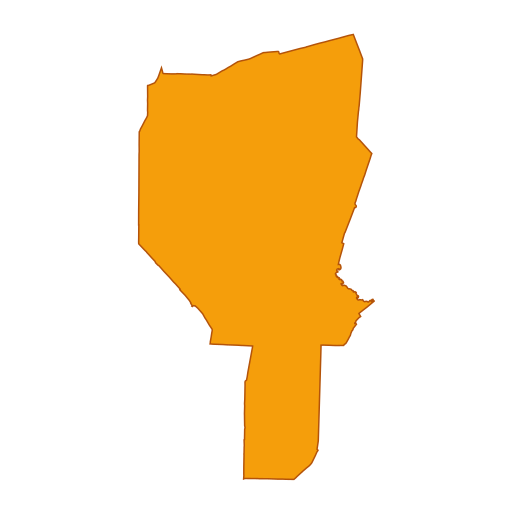 outline of Cujmir, Mehedinti, Romania, rotated 91°
{"feature_id": "2599482B72848600884010", "entity_name": "Cujmir", "entity_type": "district", "adm_level": 2, "iso_a3": "ROU", "parent_name": "Romania", "parent_adm1": "Mehedinti", "projection": "orthographic", "projection_center": [22.937, 44.205], "detail": "fine", "context": "isolated", "style": "filled", "palette": "amber", "viewbox_px": 512, "rotation_deg": 91, "n_neighbors": 0, "source": "geoboundaries", "source_scale": "gbopen_adm2", "svg_char_len": 5979}
<svg xmlns="http://www.w3.org/2000/svg" viewBox="0 0 512 512"><g transform="rotate(91 256 256)"><path d="M227.0,373.7L228.7,373.7L239.6,373.6L244.0,373.6L245.7,373.5L246.1,373.3L247.5,371.9L252.1,367.4L253.4,366.0L253.8,365.5L254.3,365.3L255.0,364.6L256.8,362.9L259.7,360.2L263.1,356.9L263.7,356.6L264.5,356.3L266.6,354.2L267.1,353.6L267.3,353.0L270.1,350.4L273.0,347.8L278.6,342.3L283.4,338.0L285.3,336.0L290.5,331.2L291.0,331.6L291.6,331.1L296.6,326.1L301.7,321.8L303.9,320.4L304.2,320.5L304.8,320.2L306.4,319.2L306.8,318.8L307.3,319.2L307.6,318.7L307.0,318.0L306.7,317.4L306.7,317.2L306.8,317.0L306.8,316.8L307.0,316.5L306.9,316.0L309.2,313.3L314.7,308.3L318.9,305.9L320.7,304.6L326.0,301.4L329.7,298.8L330.4,298.5L331.4,298.5L333.8,298.9L337.6,299.4L342.0,300.1L342.7,300.2L343.5,300.2L344.7,300.4L344.9,297.4L345.1,287.5L345.3,283.7L345.5,272.9L345.7,268.7L345.7,267.4L346.0,258.4L346.1,257.8L347.8,258.0L370.6,261.8L371.7,262.0L377.0,262.7L380.3,263.3L381.1,264.4L381.4,264.6L382.4,264.8L385.4,264.7L393.1,264.7L394.6,264.7L399.4,264.7L403.9,264.9L406.1,264.7L414.0,264.8L415.6,264.7L419.6,264.6L422.2,264.5L425.7,264.4L427.0,264.1L427.7,264.0L428.1,264.0L429.4,264.3L431.8,264.3L439.8,264.3L440.0,264.7L446.2,264.4L447.0,264.5L453.4,264.5L454.0,264.6L455.6,264.5L466.4,264.5L474.6,264.4L475.7,264.3L479.2,264.5L479.2,264.4L478.9,264.2L478.7,263.9L478.6,262.1L478.6,259.5L478.5,250.4L478.6,249.1L478.5,239.5L478.7,230.3L478.6,225.5L478.7,222.7L478.7,214.2L477.0,212.3L475.9,211.3L470.1,205.2L467.8,202.6L467.2,202.0L466.4,201.0L465.0,199.3L464.3,198.6L462.9,197.4L461.8,196.6L454.3,193.1L450.9,191.7L449.6,190.8L449.1,190.6L448.4,191.4L448.2,191.6L445.1,191.2L440.6,190.6L439.5,190.5L354.9,189.5L344.0,189.4L343.9,187.4L344.0,179.7L344.1,176.9L344.1,173.5L344.0,170.3L343.9,166.8L342.7,166.0L342.3,165.2L341.9,164.7L340.4,163.8L337.2,162.1L335.5,161.3L333.8,160.3L331.7,159.8L329.0,158.7L328.6,158.2L327.9,157.8L326.6,157.5L322.5,154.4L321.4,155.1L321.3,155.5L321.6,156.1L321.4,156.1L320.8,155.7L320.6,155.4L320.1,155.1L319.2,155.0L315.9,152.0L314.7,150.3L311.7,152.1L311.2,151.6L308.4,148.2L305.3,144.3L299.1,137.1L298.8,137.2L298.9,137.9L298.8,138.2L298.5,138.5L298.4,138.5L297.9,138.2L297.7,138.1L297.3,138.3L297.3,138.7L297.4,139.1L297.6,139.3L298.0,139.7L298.3,139.7L298.7,139.2L299.0,139.2L299.3,139.5L299.5,139.9L299.4,140.1L298.5,140.6L298.4,140.9L298.6,141.4L299.9,142.5L300.1,142.9L299.9,143.3L299.9,143.7L299.5,144.1L299.4,144.6L299.4,144.9L299.5,145.7L299.8,146.4L299.6,147.1L299.3,147.6L298.6,148.2L298.1,148.4L297.8,148.6L298.0,149.0L298.1,150.0L297.9,150.5L297.9,151.1L297.8,151.7L298.2,152.3L298.2,152.8L298.1,153.3L297.6,153.8L297.0,154.3L296.4,154.7L295.9,154.7L295.6,154.6L295.4,154.4L295.3,154.2L295.7,154.1L295.9,153.9L296.1,153.4L295.6,153.0L295.1,152.8L294.6,152.8L294.1,153.0L294.1,153.4L293.9,153.8L293.4,154.4L293.1,154.5L292.9,154.6L292.6,154.7L291.7,155.4L291.4,155.4L290.7,155.2L290.5,155.5L290.4,155.9L290.3,156.2L290.0,156.3L289.9,156.5L290.3,157.5L290.2,157.8L290.1,158.1L289.5,158.1L288.9,158.4L288.7,159.5L287.7,160.2L287.5,160.6L287.1,162.3L287.2,162.8L286.6,163.8L285.4,164.5L284.3,165.5L284.3,165.9L283.9,166.6L283.8,167.0L283.9,167.6L283.7,167.7L283.7,168.5L284.1,168.8L284.0,169.3L283.8,169.6L282.5,170.4L282.2,170.4L282.2,170.2L282.4,169.8L282.4,169.5L281.8,169.3L281.8,168.7L281.5,168.1L281.2,168.0L280.1,168.5L279.8,168.6L279.5,168.9L279.5,169.2L279.4,169.3L279.4,169.6L279.3,169.8L278.6,169.8L278.3,170.0L278.0,170.4L278.0,170.6L277.8,170.9L277.6,171.2L277.6,171.4L277.7,171.7L278.1,171.6L278.1,172.0L277.9,172.4L277.7,172.6L277.4,172.6L276.4,172.4L276.3,172.6L276.2,173.8L276.1,174.0L275.8,174.2L275.4,174.0L275.2,174.0L275.0,174.3L275.0,174.5L275.2,174.8L275.3,175.1L274.9,175.3L274.6,175.2L274.4,175.2L274.3,175.5L274.0,175.7L273.8,175.7L273.5,175.6L273.2,175.6L272.8,176.1L272.5,176.3L271.8,175.9L271.4,175.6L270.7,174.8L270.7,174.0L270.3,173.9L269.8,174.0L269.6,174.4L269.7,174.7L269.3,175.0L268.8,175.1L267.9,174.8L267.5,174.1L267.4,173.9L267.4,173.2L267.2,173.0L267.3,172.8L267.4,172.7L267.6,172.5L268.0,172.9L268.1,173.0L268.3,172.9L268.3,172.6L268.3,172.2L267.5,171.2L266.4,170.8L264.5,171.1L264.1,171.4L263.6,171.5L263.1,172.0L262.8,172.7L263.0,173.5L261.2,173.2L256.6,172.2L247.2,169.7L242.2,168.5L241.2,170.4L231.6,167.9L230.9,167.4L228.2,166.4L217.1,162.3L205.9,158.3L206.0,158.0L205.9,157.6L205.8,157.3L205.6,157.0L205.0,156.7L204.6,156.6L204.0,156.7L203.5,157.1L202.9,157.6L202.3,157.9L201.8,157.9L201.2,157.9L199.5,157.2L196.9,156.5L193.7,155.5L190.0,154.4L183.5,152.2L182.7,152.0L178.0,150.4L176.5,150.0L173.3,148.8L167.9,147.2L156.3,143.5L153.4,142.7L151.5,142.0L150.1,143.4L138.1,154.6L137.2,155.9L135.1,157.6L120.0,156.9L109.6,156.1L108.4,155.9L105.5,155.7L104.1,155.5L90.8,154.6L58.7,152.8L57.1,152.8L49.0,156.0L41.2,159.2L32.8,162.6L33.8,166.9L37.4,179.1L39.5,186.7L40.7,190.7L42.1,196.1L43.7,201.6L45.7,208.0L45.9,208.9L46.3,209.7L46.7,211.1L47.7,215.4L53.2,234.6L53.5,235.4L53.5,236.0L53.1,236.4L51.6,236.8L51.1,237.3L51.1,237.8L51.9,246.3L52.1,248.1L52.2,249.0L52.3,249.3L52.5,252.0L52.8,252.8L54.2,255.6L55.4,258.3L58.9,265.6L59.3,266.7L60.5,271.3L60.7,272.4L61.3,274.9L62.1,277.6L63.1,279.2L63.7,280.1L63.9,280.5L66.7,284.7L67.9,286.9L69.8,289.8L70.9,291.7L71.3,292.8L75.1,298.8L75.4,299.7L76.1,302.0L76.6,303.3L76.6,303.6L76.7,304.0L75.6,304.3L75.8,306.1L75.8,308.6L75.7,310.4L75.7,313.3L75.6,315.3L75.3,322.0L75.2,323.0L75.3,324.6L75.3,330.1L75.1,334.4L75.1,337.4L75.1,338.4L75.3,339.0L75.4,343.7L75.3,349.3L75.2,351.8L75.0,352.1L74.7,352.3L74.3,352.5L73.2,352.7L69.5,353.8L77.4,356.4L79.6,357.2L80.2,357.5L83.8,359.7L84.7,360.4L87.3,366.4L87.4,367.3L87.7,367.4L98.7,367.1L102.1,367.2L105.3,367.0L112.5,367.0L114.2,366.8L117.5,366.9L118.1,367.1L120.4,368.2L122.5,369.4L128.0,372.1L131.2,373.8L133.0,374.3L133.2,374.5L133.5,374.7L133.9,374.9L146.6,374.8L153.5,374.6L156.4,374.7L164.4,374.6L195.3,374.2L212.7,374.1L227.0,373.9L227.0,373.7Z" fill="#f59e0b" stroke="#b45309" stroke-width="1.5"/></g></svg>